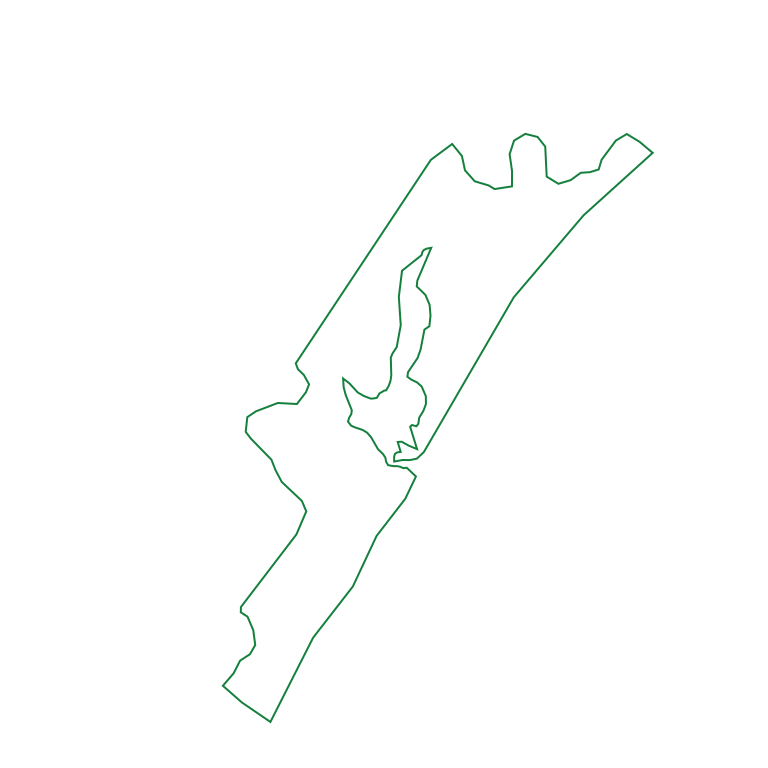 an SVG outline of Lagos, rotated 304°
{"feature_id": "NGA-2850", "entity_name": "Lagos", "entity_type": "State", "adm_level": 1, "iso_a3": "NGA", "parent_name": "Nigeria", "parent_adm1": "", "projection": "equal_earth", "projection_center": [3.544, 6.537], "detail": "fine", "context": "isolated", "style": "outline", "palette": "green", "viewbox_px": 768, "rotation_deg": 304, "n_neighbors": 0, "source": "natural_earth", "source_scale": "10m", "svg_char_len": 1873}
<svg xmlns="http://www.w3.org/2000/svg" viewBox="0 0 768 768"><g transform="rotate(304 384 384)"><path d="M40.3,478.8L40.5,444.4L43.7,419.2L46.2,419.5L60.2,421.1L74.2,419.4L85.1,424.0L95.6,423.2L106.8,413.3L114.8,400.9L114.6,393.0L119.1,390.1L210.4,395.5L234.9,390.8L241.1,381.4L245.6,354.1L251.8,342.4L258.3,333.0L264.3,304.1L267.0,296.1L280.1,289.2L289.9,293.2L308.9,306.6L318.7,323.0L333.5,323.9L341.8,322.1L346.7,312.5L348.1,304.4L351.8,299.3L596.1,297.5L621.1,306.3L616.6,321.1L606.4,331.7L602.8,345.9L607.1,359.6L607.5,366.7L619.4,379.6L632.1,371.1L644.8,359.6L658.5,355.7L670.4,361.3L674.7,373.2L671.0,384.9L646.9,402.9L647.5,416.6L657.3,424.7L669.1,429.0L674.8,436.3L681.9,442.0L691.6,439.0L715.5,440.1L727.0,445.5L727.7,460.5L726.0,476.1L725.9,477.5L635.4,455.1L528.5,443.1L349.9,455.1L340.5,453.0L335.4,448.0L331.3,441.8L325.4,435.8L329.3,433.1L332.1,432.2L334.6,433.1L337.0,435.8L343.6,427.8L346.0,430.9L346.8,439.4L348.5,447.8L363.2,429.6L365.6,430.1L367.1,434.5L370.3,434.7L375.8,432.0L383.7,431.7L390.8,430.0L397.3,425.5L403.0,416.6L403.8,410.5L402.9,404.2L403.1,399.3L407.3,397.3L424.3,397.3L433.2,395.0L451.7,387.1L457.3,389.3L466.7,384.3L475.1,377.6L481.0,368.6L483.2,356.6L488.4,353.8L523.3,347.0L520.1,343.7L517.4,342.1L514.9,342.0L511.8,343.1L488.0,335.6L464.5,347.6L442.1,365.0L421.7,373.9L414.1,374.0L409.8,374.8L395.1,385.3L390.3,387.6L385.4,388.9L379.9,389.3L378.9,388.0L373.6,385.5L368.5,385.8L365.8,383.0L364.5,381.2L362.8,373.9L362.3,367.0L365.2,354.9L365.7,347.0L358.5,352.6L353.4,358.5L344.2,372.0L340.8,373.7L336.4,374.0L332.7,375.2L331.1,379.9L331.7,383.8L334.0,392.1L334.2,397.3L332.5,403.4L326.6,415.5L325.4,422.2L323.8,426.2L320.7,429.3L319.0,432.8L321.2,437.8L323.2,440.7L324.4,443.6L325.0,447.0L327.3,449.7L325.2,462.2L300.8,465.8L253.9,462.8L198.7,471.4L134.0,467.1L40.3,478.8Z" fill="none" stroke="#15803d" stroke-width="2"/></g></svg>